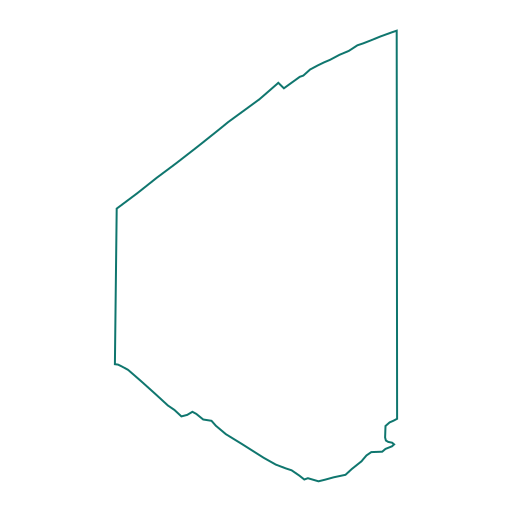 Tesker, Zinder, Niger (Robinson projection)
{"feature_id": "23599985B16015640173227", "entity_name": "Tesker", "entity_type": "district", "adm_level": 2, "iso_a3": "NER", "parent_name": "Niger", "parent_adm1": "Zinder", "projection": "robinson", "projection_center": [11.083, 15.833], "detail": "fine", "context": "isolated", "style": "outline", "palette": "teal", "viewbox_px": 512, "rotation_deg": 0, "n_neighbors": 0, "source": "geoboundaries", "source_scale": "gbopen_adm2", "svg_char_len": 983}
<svg xmlns="http://www.w3.org/2000/svg" viewBox="0 0 512 512"><path d="M278.3,82.8L276.9,84.1L259.5,99.2L228.4,121.9L218.7,129.8L197.9,146.4L176.4,163.1L156.7,177.8L137.3,193.2L116.7,208.6L114.9,364.2L118.0,364.6L120.7,365.9L128.0,369.8L140.9,381.0L156.6,395.1L167.9,405.5L174.5,410.0L181.4,416.4L187.2,414.9L192.4,411.8L196.3,413.9L203.2,419.5L211.5,420.8L215.9,425.8L225.9,434.2L241.9,444.0L263.7,457.8L275.8,464.6L285.8,468.4L291.6,470.3L299.2,475.5L304.3,479.5L307.9,478.2L318.5,481.3L325.0,479.7L333.7,477.3L345.5,474.8L351.8,469.0L361.6,461.2L362.1,460.6L362.8,459.7L366.5,455.4L371.3,452.1L382.2,451.7L385.5,448.9L392.0,446.3L394.1,444.4L392.1,442.7L388.2,441.9L385.9,440.5L385.1,437.5L385.5,426.0L389.6,422.4L393.5,420.7L397.1,418.8L396.7,30.7L391.9,32.3L380.6,36.4L369.0,41.1L363.1,43.4L357.4,45.3L348.8,50.9L339.5,54.8L329.9,59.9L324.2,62.3L317.8,65.4L310.1,69.5L303.3,75.6L299.8,76.8L288.3,85.1L283.9,88.3L278.3,82.8Z" fill="none" stroke="#0f766e" stroke-width="2"/></svg>